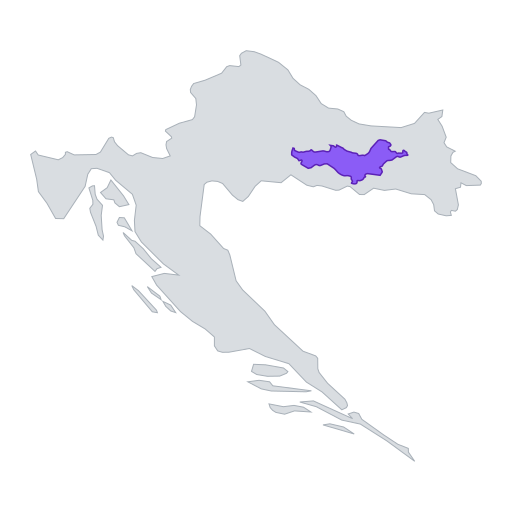 location of Požeško-Slavonska within Croatia
{"feature_id": "HRV-1604", "entity_name": "Požeško-Slavonska", "entity_type": "County", "adm_level": 1, "iso_a3": "HRV", "parent_name": "Croatia", "parent_adm1": "", "projection": "equal_earth", "projection_center": [17.752, 45.408], "detail": "fine", "context": "in_parent", "style": "filled", "palette": "violet", "viewbox_px": 512, "rotation_deg": 0, "n_neighbors": 0, "source": "natural_earth", "source_scale": "10m", "svg_char_len": 7197}
<svg xmlns="http://www.w3.org/2000/svg" viewBox="0 0 512 512"><path d="M35.5,151.0L38.2,155.0L58.3,159.8L62.7,157.6L65.4,154.4L65.4,152.3L67.2,151.7L74.2,154.9L96.0,154.5L100.4,152.1L108.8,138.3L111.5,137.1L113.3,137.7L114.5,141.8L117.5,145.6L128.4,154.8L132.5,155.9L136.6,153.4L140.8,152.7L152.6,157.5L162.7,158.5L170.2,155.9L166.6,148.5L166.0,144.8L166.6,141.5L171.7,138.2L171.5,136.8L165.4,131.1L165.8,129.6L179.4,123.2L192.4,119.6L194.6,116.8L196.5,104.9L195.8,98.5L190.6,92.5L190.3,89.5L191.6,86.3L193.7,83.5L205.1,80.2L221.6,73.2L226.7,66.7L229.7,65.6L238.9,66.6L240.9,65.0L239.7,55.7L241.4,53.3L246.2,50.7L254.2,51.7L260.9,54.1L278.5,62.3L287.9,69.9L293.0,78.3L300.1,84.8L308.9,89.4L316.0,95.7L321.2,103.6L328.5,108.1L337.8,109.0L343.8,111.7L346.2,116.2L351.3,120.3L359.0,123.9L371.0,125.9L401.1,127.6L414.5,123.4L424.5,112.4L428.8,113.2L442.8,110.0L441.9,116.5L437.8,119.4L442.1,126.2L446.2,137.2L444.0,142.7L446.7,146.9L455.2,151.2L452.9,152.4L450.9,156.0L450.7,162.6L457.6,168.8L475.8,175.7L481.2,181.2L481.3,183.5L480.3,185.1L466.3,185.6L461.0,182.8L460.5,187.2L455.4,188.7L458.4,204.9L457.3,209.6L455.4,211.2L451.4,210.4L450.4,211.9L451.3,215.4L446.2,215.8L438.2,214.0L434.5,210.8L433.7,204.6L431.1,199.7L424.7,194.6L411.3,193.8L395.7,189.0L384.4,190.4L373.6,188.2L364.2,194.6L359.5,194.5L350.1,186.6L347.3,186.1L339.0,190.1L335.7,190.3L322.0,186.0L317.0,185.4L313.3,186.8L306.8,185.2L290.9,174.8L281.1,182.7L261.2,180.8L255.2,186.2L248.3,196.5L242.8,201.4L238.0,199.7L232.4,195.1L222.6,183.5L217.6,181.4L211.9,180.9L206.9,182.2L204.2,184.5L200.0,216.6L199.8,225.7L210.7,234.1L223.6,248.5L227.8,250.2L229.8,254.9L236.1,280.8L242.6,289.9L264.9,311.2L274.4,324.7L303.0,351.2L315.7,355.9L317.7,358.3L317.8,368.7L319.1,372.5L327.6,383.3L344.9,399.2L346.9,402.9L347.5,405.6L346.4,407.6L341.8,409.8L322.0,391.9L306.4,382.1L288.9,363.7L265.4,356.5L249.4,348.5L229.0,352.2L222.4,352.3L217.7,350.9L214.4,345.9L214.4,337.0L205.2,329.0L192.5,321.4L180.5,311.6L156.6,285.1L151.8,276.6L164.3,273.4L178.7,275.1L163.4,263.9L141.4,242.0L135.0,231.6L134.4,220.4L136.2,205.2L132.4,194.3L115.6,180.2L109.5,172.7L97.0,168.3L91.3,168.7L87.8,174.2L85.1,186.4L63.7,218.7L55.6,218.5L46.9,203.2L38.4,191.6L36.7,179.3L30.7,154.5L35.5,151.0ZM408.3,448.4L408.4,452.1L414.7,461.3L386.7,440.8L360.4,424.1L341.8,420.1L316.3,406.7L299.8,402.0L313.4,400.9L352.6,418.7L348.2,414.0L353.9,412.1L358.7,413.5L361.8,419.3L383.8,435.0L397.9,444.3L408.3,448.4ZM103.5,236.2L102.9,240.1L98.3,235.2L96.1,226.4L90.5,212.3L89.8,208.3L92.9,204.3L92.8,200.3L88.9,187.9L92.4,185.9L94.5,185.7L95.2,194.3L97.0,199.2L102.5,205.3L101.2,215.4L102.1,229.7L103.5,236.2ZM128.9,204.6L119.4,206.7L114.9,202.9L113.8,199.8L106.0,198.8L100.5,192.5L107.2,187.7L110.9,180.0L123.5,195.8L128.9,204.6ZM279.7,376.1L267.4,376.3L256.7,374.5L251.5,371.4L253.6,364.3L265.5,364.8L283.5,368.0L287.9,371.6L286.5,373.3L279.7,376.1ZM311.4,390.8L306.0,391.8L271.3,391.0L261.3,388.9L247.8,381.8L259.1,380.3L269.6,381.8L272.8,385.8L311.4,390.8ZM157.0,268.7L155.0,271.4L136.0,253.7L133.9,247.8L124.5,235.8L123.1,232.5L131.8,240.4L135.0,241.2L143.3,248.8L151.3,258.7L161.0,267.3L157.0,268.7ZM269.0,403.9L283.4,406.7L294.0,405.4L303.5,407.2L310.9,412.0L294.5,410.9L284.6,414.2L275.9,412.4L272.6,410.3L270.2,407.6L269.0,403.9ZM156.5,310.2L157.4,312.7L152.3,311.8L133.8,289.8L131.8,285.6L138.5,290.7L156.5,310.2ZM124.3,217.8L132.0,230.8L124.8,226.8L118.4,225.3L117.0,222.3L119.4,217.5L124.3,217.8ZM343.6,427.0L354.2,434.0L323.0,424.9L329.9,423.8L343.6,427.0ZM170.7,305.1L175.7,312.6L170.8,311.0L165.8,306.4L162.9,301.4L170.7,305.1ZM159.9,296.2L161.1,299.7L151.5,293.1L147.3,286.6L159.9,296.2Z" fill="#d9dde1" stroke="#a8b0b8" stroke-width="1"/><path d="M364.5,155.6L364.9,155.5L365.4,155.2L368.1,153.4L368.6,152.9L369.2,152.2L369.8,151.1L371.0,148.4L378.2,140.4L380.1,139.8L385.4,140.7L385.9,140.9L386.3,141.2L387.1,142.0L387.6,142.3L389.1,142.7L389.7,143.0L390.4,144.0L390.7,144.4L390.9,144.9L390.8,145.4L390.3,146.1L389.8,146.3L388.7,146.7L388.6,146.8L388.5,147.0L388.5,147.4L388.6,149.2L388.9,149.4L389.1,149.5L389.4,149.5L389.7,149.7L390.0,150.0L390.7,151.0L391.0,151.3L391.4,151.5L391.8,151.6L395.0,151.5L395.4,151.7L395.6,151.9L396.5,153.0L396.8,153.2L397.1,153.4L397.4,153.4L398.1,153.2L398.5,153.1L401.7,153.2L402.2,153.1L402.6,152.9L402.7,152.6L402.8,152.3L402.8,151.2L402.9,150.8L403.1,150.6L403.2,150.4L403.4,150.3L403.6,150.3L404.0,150.4L404.3,150.6L405.0,151.3L406.5,152.2L406.8,152.5L406.8,152.8L406.8,153.4L407.0,153.9L407.2,154.2L407.8,154.9L407.8,155.1L407.6,155.3L406.8,155.4L405.1,155.4L403.8,155.7L400.5,157.1L400.4,157.1L399.6,157.1L397.7,156.4L397.1,156.4L396.3,156.8L392.0,160.0L391.5,160.1L390.0,160.4L388.0,160.5L387.1,160.7L386.3,161.3L383.7,163.7L383.3,164.1L382.4,165.8L382.0,166.2L381.6,166.4L381.0,166.5L380.7,166.6L380.4,166.7L380.2,166.9L380.0,167.1L379.8,167.3L379.6,167.5L379.7,168.0L380.3,168.3L381.0,168.6L381.2,168.9L381.4,169.2L381.6,169.7L381.8,170.5L382.0,171.0L382.2,171.3L382.1,172.3L380.1,175.3L367.6,173.6L366.9,173.7L366.3,173.9L365.9,174.1L365.5,174.4L365.2,174.7L365.0,175.0L364.9,175.3L364.9,175.5L365.0,175.8L365.1,176.0L365.4,176.4L365.5,176.5L365.4,176.9L365.3,177.0L364.6,177.1L364.4,177.2L364.2,177.4L364.1,177.5L364.0,177.8L363.8,178.1L363.5,178.7L362.7,179.5L361.9,180.0L360.2,180.6L359.7,180.7L357.8,180.5L357.4,180.6L357.1,180.8L357.1,181.2L357.0,182.1L357.0,182.4L356.9,182.7L356.7,183.0L356.5,183.4L356.2,183.5L355.8,183.7L355.4,183.8L354.3,183.9L353.0,183.7L351.7,183.3L351.5,183.1L351.7,182.6L352.5,181.3L352.5,181.2L352.3,180.8L351.3,179.2L351.2,179.0L351.2,178.8L351.3,178.2L351.3,177.9L351.3,177.6L351.3,177.4L351.2,177.2L351.1,176.8L351.0,176.6L350.6,176.3L349.9,176.1L348.3,175.7L347.1,175.6L344.8,175.8L343.5,175.6L341.4,174.8L339.4,173.6L338.0,172.5L335.2,169.4L333.9,168.2L327.2,163.8L324.4,163.9L320.5,165.5L319.4,165.6L318.5,165.3L317.7,164.8L316.4,164.5L315.4,164.7L314.4,165.2L311.1,167.7L308.2,168.3L302.0,164.7L301.2,164.1L301.0,163.8L301.0,163.4L301.1,163.0L301.4,162.3L301.8,161.8L301.9,161.4L302.0,160.9L301.9,160.3L301.6,160.1L301.3,160.0L301.0,160.1L299.9,160.5L299.0,160.7L297.7,158.8L297.6,158.7L297.1,158.3L294.6,157.1L291.8,155.0L291.6,154.2L291.7,153.3L291.7,152.9L291.7,152.6L291.7,152.3L292.0,150.9L293.0,148.0L294.2,148.4L294.3,148.7L294.4,149.2L294.4,149.6L294.4,150.2L294.6,150.4L294.9,150.6L298.5,152.2L299.3,152.3L299.7,152.3L300.1,152.1L300.7,152.0L301.7,151.9L302.7,152.2L303.6,152.1L305.6,151.5L306.7,151.3L308.5,151.3L309.5,151.0L310.2,150.7L310.6,150.3L311.1,149.8L311.4,149.9L311.8,150.1L312.5,150.8L313.5,151.6L314.3,152.0L315.1,152.1L322.9,150.9L324.0,151.0L326.6,151.7L327.8,151.7L328.7,151.6L329.3,151.3L329.7,150.9L330.1,150.3L331.0,147.4L331.1,146.9L331.0,146.5L330.9,146.1L330.2,145.3L333.4,145.8L333.9,146.2L334.5,146.5L334.9,146.9L335.2,147.1L335.6,147.2L335.9,147.1L336.3,146.7L336.5,146.4L336.6,146.0L336.6,145.3L336.6,145.1L336.8,145.1L342.1,147.8L342.6,147.9L342.9,148.1L343.8,149.0L344.3,149.5L347.0,151.1L351.4,152.3L352.0,152.7L352.8,152.9L356.2,153.3L356.9,153.6L357.4,154.0L357.7,154.4L357.8,154.9L358.0,155.2L358.4,155.5L359.1,155.6L359.8,155.6L362.4,155.2L363.7,155.3L364.3,155.4L364.5,155.6Z" fill="#8b5cf6" stroke="#5b21b6" stroke-width="1.5"/></svg>